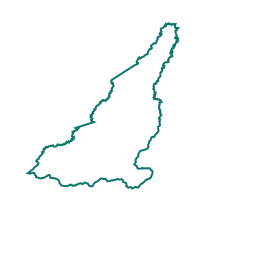 Belén De Los Andaquíes, Caquetá, Colombia (Equal Earth projection), rotated 228°
{"feature_id": "7082276B91002945363484", "entity_name": "Belén De Los Andaquíes", "entity_type": "district", "adm_level": 2, "iso_a3": "COL", "parent_name": "Colombia", "parent_adm1": "Caquetá", "projection": "equal_earth", "projection_center": [-75.835, 1.475], "detail": "fine", "context": "isolated", "style": "outline", "palette": "teal", "viewbox_px": 256, "rotation_deg": 228, "n_neighbors": 0, "source": "geoboundaries", "source_scale": "gbopen_adm2", "svg_char_len": 5953}
<svg xmlns="http://www.w3.org/2000/svg" viewBox="0 0 256 256"><g transform="rotate(228 128 128)"><path d="M161.4,23.3L159.7,24.6L158.3,27.4L157.7,28.1L157.0,28.2L155.7,27.5L154.0,27.6L153.1,26.8L149.3,29.1L147.5,31.7L146.9,33.6L146.8,35.0L146.3,36.1L146.5,37.1L145.6,38.1L144.7,38.2L143.1,37.0L141.8,37.8L140.8,39.2L140.0,39.4L139.2,40.2L138.5,40.3L137.7,41.1L135.0,41.5L132.8,40.2L130.6,40.1L129.6,40.2L127.2,42.0L125.0,44.8L124.8,46.5L124.2,47.6L123.2,48.2L122.2,48.1L121.5,48.9L121.1,49.5L120.9,50.7L120.2,51.1L120.1,52.7L119.0,55.2L118.5,56.0L117.2,56.4L116.6,57.1L116.3,59.5L114.4,60.4L113.6,61.1L111.0,60.4L109.0,61.7L108.5,63.5L109.4,65.1L109.6,67.2L109.0,68.9L108.6,71.2L108.8,73.7L108.0,74.9L106.5,75.5L105.2,77.3L103.6,76.9L102.0,77.3L100.6,79.1L100.2,80.7L99.4,81.3L99.1,82.6L98.1,83.7L97.2,86.0L95.3,87.2L94.3,88.9L92.8,89.3L91.1,88.3L88.6,89.8L86.8,89.0L86.0,87.8L85.1,88.2L83.5,88.1L83.0,89.6L81.7,90.8L80.3,90.6L80.0,90.9L79.3,94.1L76.9,95.6L77.7,99.2L77.6,100.6L77.2,101.5L77.2,105.1L77.5,105.8L76.7,108.7L76.1,109.5L75.9,111.4L76.0,112.2L77.2,114.2L77.3,114.9L78.9,116.9L80.2,117.4L81.3,116.8L83.0,117.4L84.8,116.0L85.1,115.1L86.4,114.1L87.6,112.1L88.6,112.1L89.0,111.6L89.2,110.3L91.0,108.3L91.6,108.1L94.0,109.1L96.1,108.2L96.7,108.4L97.2,110.7L97.6,111.2L98.0,111.2L99.4,112.5L99.7,114.0L100.1,114.5L99.9,115.8L100.1,116.7L101.6,118.1L102.6,120.8L102.7,121.9L100.7,125.8L99.7,128.6L100.3,130.5L102.1,131.8L102.4,132.7L103.8,134.8L103.8,136.6L104.3,137.2L105.3,139.3L105.2,140.1L104.1,141.1L103.9,142.1L104.4,142.7L104.8,143.9L104.6,144.8L104.9,145.8L104.8,147.5L105.6,148.9L107.7,150.2L108.7,151.3L108.6,153.6L108.9,154.2L110.0,154.3L111.1,155.5L111.9,155.6L112.8,157.6L113.7,157.2L114.6,157.6L114.9,158.0L114.8,159.2L115.3,160.3L115.4,161.5L117.4,161.6L118.0,162.2L118.0,162.7L119.2,162.9L119.5,163.9L121.0,164.1L121.2,163.8L122.6,164.9L122.7,165.5L124.1,166.4L124.5,167.7L125.4,168.5L125.9,168.5L125.5,169.8L125.6,170.2L125.3,170.4L125.8,170.5L126.2,169.9L126.9,170.7L127.5,170.2L128.4,170.3L129.4,169.1L130.0,169.1L130.3,168.2L131.1,168.3L131.7,167.3L131.8,167.7L132.2,167.8L132.4,167.3L133.0,167.4L133.3,168.2L133.5,168.0L133.7,168.5L133.9,168.1L134.3,169.1L135.2,169.6L135.0,170.1L135.3,170.5L134.9,170.4L135.0,171.2L135.5,171.0L135.7,171.5L136.1,171.4L136.1,172.1L137.0,171.8L139.3,173.4L140.2,173.0L140.9,174.6L142.1,175.0L143.2,176.8L143.1,177.7L142.5,177.5L142.2,178.1L142.4,179.3L143.5,180.7L143.4,181.2L142.8,181.4L142.7,181.9L144.5,183.5L144.8,185.7L144.6,186.3L145.3,187.3L147.4,188.9L147.6,189.5L147.2,190.6L148.0,191.9L149.8,193.0L149.8,193.7L149.0,193.8L148.7,194.8L149.6,196.6L150.0,196.6L150.6,195.8L151.6,196.5L152.0,198.7L151.8,199.7L149.9,202.1L150.2,202.8L151.2,202.7L151.8,203.3L152.0,204.6L152.5,205.1L152.5,207.0L151.7,208.3L151.7,209.1L153.4,209.0L154.0,211.0L154.3,211.4L154.7,211.0L154.7,209.8L155.3,209.5L155.8,210.3L155.3,211.3L155.4,212.4L156.2,212.7L156.6,211.8L157.6,213.5L157.8,214.2L157.1,214.8L156.9,215.8L157.4,216.2L158.5,216.3L159.1,216.9L159.1,218.1L158.8,218.1L158.2,217.3L157.8,217.5L157.7,218.0L158.6,219.0L159.0,220.4L159.7,221.3L159.6,222.0L158.8,222.6L159.5,223.4L160.2,222.6L160.8,222.8L160.8,223.4L160.3,224.2L161.1,225.4L162.1,225.0L162.8,223.5L163.3,223.2L163.7,224.1L163.2,225.2L163.8,225.9L166.9,227.1L167.9,228.1L168.5,228.1L168.6,228.8L168.1,229.6L169.0,230.7L168.5,231.7L168.7,232.3L170.9,230.2L172.4,231.3L173.3,231.3L173.5,232.7L175.3,231.1L175.7,229.1L177.0,229.3L177.8,227.8L178.8,228.0L179.0,226.0L180.1,225.7L179.7,225.0L178.7,224.9L178.3,224.3L178.4,224.0L179.2,224.3L179.5,224.0L179.1,222.8L179.2,220.9L179.7,218.8L178.9,218.4L178.4,217.4L177.2,217.3L177.2,215.5L176.7,214.4L176.1,214.5L175.6,215.8L175.2,215.8L174.9,215.2L174.8,212.5L175.5,211.7L175.5,210.8L175.1,209.8L174.1,209.5L173.6,207.4L173.0,207.2L172.4,205.2L172.7,204.6L173.5,204.3L173.7,203.7L173.7,200.2L173.2,199.5L171.4,199.4L171.3,197.6L172.1,197.1L172.1,196.6L171.2,193.7L170.0,192.4L169.8,191.6L170.5,190.8L170.8,189.0L170.5,187.3L171.4,186.0L171.4,183.3L171.9,183.0L172.9,183.6L173.2,183.3L171.5,178.6L170.7,178.4L169.6,179.0L169.2,178.6L169.1,178.0L170.3,174.5L174.6,148.0L174.4,147.2L173.1,146.2L172.5,146.3L172.2,146.8L171.3,146.8L171.1,146.4L171.5,145.8L169.6,145.7L168.7,145.3L168.4,142.5L167.5,142.3L166.8,139.7L166.2,140.0L166.3,139.3L165.6,138.5L165.7,137.9L166.2,137.6L166.2,137.1L165.3,136.2L164.4,135.9L164.4,135.3L163.6,134.9L163.9,134.6L163.7,133.9L163.7,132.4L163.4,133.0L163.0,132.6L163.5,131.8L163.1,129.7L163.9,129.8L164.4,128.3L165.6,128.2L165.8,126.7L165.6,126.1L165.7,125.6L165.4,125.8L165.1,124.1L164.8,124.0L165.1,122.6L164.6,121.3L165.4,120.2L165.3,118.3L164.0,117.1L164.0,116.3L164.4,115.7L164.1,115.6L164.0,115.1L163.6,115.4L163.3,114.3L163.1,113.0L163.4,112.5L162.7,112.2L163.0,111.8L162.5,110.7L162.1,110.9L161.8,110.5L162.1,109.5L161.8,108.9L162.3,108.6L161.7,108.1L161.8,108.6L161.2,108.8L161.0,108.2L158.8,107.7L158.6,107.2L159.0,106.8L158.7,106.3L158.8,105.9L158.5,105.7L157.5,105.7L157.1,106.0L156.4,105.8L156.4,106.2L155.2,106.7L163.2,88.9L161.4,89.4L161.3,90.8L161.0,91.1L160.8,90.9L160.6,89.0L160.8,87.9L162.1,85.2L162.2,84.5L161.3,84.8L161.3,83.7L160.6,83.3L160.6,82.6L159.3,80.8L158.2,80.6L157.6,81.8L156.0,80.2L156.3,79.3L157.1,79.3L157.5,78.7L156.1,77.3L156.2,77.0L157.1,76.7L156.7,74.6L157.6,74.8L157.4,74.0L157.9,73.6L157.9,72.7L158.7,72.9L158.1,70.6L158.9,70.1L159.1,69.6L158.7,69.4L159.2,68.5L159.4,67.6L160.4,67.2L160.5,66.2L161.9,65.3L162.5,65.2L162.9,64.4L162.3,63.1L162.6,62.0L163.9,60.4L165.4,60.6L165.9,59.2L166.6,58.4L166.7,57.7L167.4,56.9L167.5,55.1L168.0,54.6L168.6,54.8L168.8,54.2L168.8,53.2L168.2,52.3L168.8,51.9L168.8,51.2L168.6,50.9L168.2,51.2L168.2,50.8L167.9,50.8L167.8,50.2L167.0,49.6L167.5,48.3L166.3,48.2L166.8,47.1L166.0,46.5L165.9,43.1L164.8,40.9L165.3,39.4L164.8,38.7L164.8,37.7L162.0,38.0L161.5,37.7L161.1,36.8L161.0,35.2L161.3,32.8L160.9,29.1L161.3,27.4L161.1,25.3L161.4,23.3Z" fill="none" stroke="#0f766e" stroke-width="2"/></g></svg>